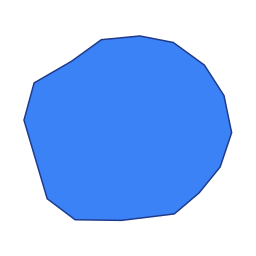 the district of Dingila, Orientale, Democratic Republic of the Congo, rotated 353°
{"feature_id": "63176286B70830242214620", "entity_name": "Dingila", "entity_type": "district", "adm_level": 2, "iso_a3": "COD", "parent_name": "Democratic Republic of the Congo", "parent_adm1": "Orientale", "projection": "albers", "projection_center": [26.075, 3.651], "detail": "fine", "context": "isolated", "style": "filled", "palette": "blue", "viewbox_px": 256, "rotation_deg": 353, "n_neighbors": 0, "source": "geoboundaries", "source_scale": "gbopen_adm2", "svg_char_len": 351}
<svg xmlns="http://www.w3.org/2000/svg" viewBox="0 0 256 256"><g transform="rotate(353 128 128)"><path d="M64.3,212.6L110.2,218.9L163.5,218.9L190.6,201.1L214.7,177.9L230.3,145.3L227.2,107.5L211.5,74.9L183.3,48.6L151.0,38.1L112.3,37.1L80.0,54.9L40.3,71.8L25.7,107.5L39.2,188.4L64.3,212.6Z" fill="#3b82f6" stroke="#1e3a8a" stroke-width="1.5"/></g></svg>